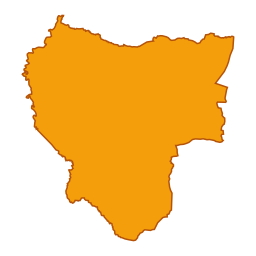 outline of Waeng Noi, Khon Kaen, Thailand
{"feature_id": "78962969B33774110374884", "entity_name": "Waeng Noi", "entity_type": "district", "adm_level": 2, "iso_a3": "THA", "parent_name": "Thailand", "parent_adm1": "Khon Kaen", "projection": "mercator", "projection_center": [102.401, 15.798], "detail": "fine", "context": "isolated", "style": "filled", "palette": "amber", "viewbox_px": 256, "rotation_deg": 0, "n_neighbors": 0, "source": "geoboundaries", "source_scale": "gbopen_adm2", "svg_char_len": 5613}
<svg xmlns="http://www.w3.org/2000/svg" viewBox="0 0 256 256"><path d="M167.2,216.9L167.2,214.5L168.9,214.0L170.2,210.9L171.4,210.1L172.0,193.1L170.6,190.4L169.6,187.2L168.8,181.2L169.7,178.9L168.9,176.7L169.5,174.7L170.5,173.7L171.5,171.4L171.5,169.3L172.6,167.8L172.6,167.1L173.4,166.5L173.5,164.8L172.6,163.8L171.2,163.2L171.5,162.4L170.2,161.2L171.2,159.8L171.5,157.9L171.3,157.4L171.9,157.2L172.0,156.9L173.6,156.4L176.5,156.2L177.9,155.7L177.2,152.6L177.1,149.4L175.7,145.5L177.1,145.5L180.1,144.6L183.5,144.3L186.4,143.4L188.9,142.4L192.5,139.5L195.4,138.9L200.4,139.2L203.2,138.8L207.0,139.7L209.6,139.5L213.5,140.3L214.8,140.7L215.6,141.4L219.9,142.3L221.8,141.8L223.2,140.4L222.1,139.6L221.7,137.1L221.1,135.9L220.5,135.6L221.2,135.7L221.6,134.5L223.5,134.2L223.1,130.6L221.2,130.2L221.2,129.6L221.7,126.8L223.4,124.6L224.2,124.2L224.8,121.5L224.7,118.1L223.8,117.5L222.1,115.5L222.4,113.4L221.3,110.2L221.0,108.3L218.3,107.8L217.4,105.7L216.8,103.2L217.5,102.1L225.7,102.3L226.2,101.3L225.1,99.0L225.1,97.6L226.6,89.7L227.4,87.4L215.4,83.3L224.3,71.5L227.1,65.7L228.5,61.8L230.1,55.4L232.9,48.5L233.7,37.0L232.8,36.4L231.6,36.3L230.2,37.3L229.5,36.7L229.0,36.9L228.5,36.7L228.1,37.0L226.9,37.0L226.6,37.7L225.7,37.6L225.5,37.0L223.4,38.0L222.9,37.7L221.3,37.9L219.3,37.3L218.6,36.4L218.3,36.7L217.6,36.6L217.3,36.1L215.0,36.2L214.1,35.4L214.1,33.8L210.7,33.2L208.5,34.5L205.7,34.8L204.2,39.0L202.8,39.2L200.8,41.2L200.2,42.6L198.9,43.2L197.0,43.5L195.0,42.0L192.5,40.7L188.9,40.0L188.1,39.3L188.1,38.9L184.5,38.6L184.0,37.7L181.4,38.5L179.5,38.2L177.5,38.4L174.9,40.0L171.7,40.4L170.4,39.9L168.2,37.7L166.3,36.8L162.4,35.8L160.5,35.7L158.2,36.1L157.7,35.9L156.2,38.1L154.1,37.2L153.2,38.2L152.9,40.1L153.5,41.0L146.9,42.0L139.4,46.4L138.7,46.3L137.4,47.0L133.8,46.7L132.1,46.9L129.8,46.2L127.8,46.3L125.3,45.5L124.5,44.8L123.7,44.6L123.6,45.9L121.1,46.0L120.0,46.3L118.5,46.0L117.8,44.8L113.7,44.4L113.3,43.8L111.5,43.2L111.3,42.7L110.5,42.8L109.2,42.3L108.3,42.5L108.1,41.7L107.0,41.2L106.5,41.4L106.3,40.9L105.7,40.5L103.9,40.3L102.3,39.4L101.1,39.1L100.6,37.6L100.2,37.3L100.2,35.3L99.5,34.7L98.4,34.5L98.1,33.8L97.3,34.2L96.3,34.2L95.7,34.8L95.4,34.4L94.0,34.5L93.1,33.9L91.9,33.8L90.4,32.7L90.2,32.1L89.7,32.1L89.6,31.6L89.0,31.5L89.0,30.9L88.6,30.5L87.3,30.6L85.6,31.2L85.4,30.1L83.6,29.9L83.0,28.5L78.9,28.9L76.4,28.5L75.9,29.1L75.3,29.2L74.4,29.1L74.1,28.4L72.9,28.6L71.9,28.1L71.5,28.3L70.5,28.0L69.0,27.0L68.8,25.7L68.2,24.9L67.5,24.8L66.7,25.3L64.7,24.7L63.6,23.9L61.0,22.9L60.9,21.5L61.6,18.8L61.9,18.9L61.9,18.3L62.4,17.4L62.6,16.4L63.2,16.4L63.5,15.5L62.0,15.4L61.5,16.1L60.5,16.4L59.2,15.8L58.6,15.8L57.9,16.8L57.4,18.3L57.3,19.6L57.8,20.5L57.7,21.1L55.8,24.0L55.5,25.9L54.1,28.5L52.2,29.9L50.2,29.4L48.7,30.2L48.7,30.9L49.9,31.0L50.6,32.0L51.0,34.4L51.5,36.1L50.2,37.1L47.4,37.2L46.6,37.4L46.0,38.1L44.6,41.2L44.5,42.5L45.1,43.8L46.3,44.2L46.1,44.9L44.6,46.3L43.9,47.3L43.2,47.6L38.7,47.2L37.2,47.6L34.9,48.8L32.9,48.7L32.5,49.6L32.9,51.4L33.4,52.3L33.0,53.1L32.6,53.2L31.3,52.8L30.1,52.9L28.9,52.7L27.3,54.0L27.2,55.2L28.2,58.8L27.9,59.5L26.7,60.3L26.6,60.8L29.1,63.1L29.1,63.5L27.6,64.5L25.3,65.3L25.1,66.1L26.1,67.1L26.1,67.7L25.8,68.1L24.1,69.0L24.0,69.6L24.3,70.6L25.6,70.9L27.6,72.0L27.8,73.3L27.1,74.2L26.2,74.2L26.0,72.5L25.5,71.8L25.1,71.7L23.9,73.3L22.6,73.7L22.3,74.4L23.9,76.1L25.9,76.5L25.8,79.8L26.1,80.1L26.9,80.2L28.0,79.1L28.7,79.2L29.0,80.4L28.8,81.8L29.0,84.8L31.2,88.2L31.0,89.8L31.7,91.8L31.6,94.2L30.2,94.3L29.0,94.7L26.6,96.5L26.3,97.3L26.9,97.9L28.3,98.1L29.2,96.3L29.8,96.1L30.5,98.3L32.2,100.3L33.4,102.4L33.1,103.9L33.7,105.4L33.6,106.0L34.3,106.8L34.1,107.0L33.5,106.9L32.7,105.7L32.1,105.5L31.7,106.3L31.6,108.2L32.1,108.9L32.9,109.2L34.0,110.2L35.3,111.8L36.0,113.6L36.3,115.8L36.0,116.1L35.6,116.2L34.6,115.3L34.0,115.3L33.6,115.6L33.1,116.8L33.3,117.8L35.3,120.9L34.9,122.0L34.4,126.5L34.6,126.9L35.1,127.2L36.0,126.9L36.1,127.4L36.8,128.1L36.8,128.5L36.3,128.7L36.6,128.9L36.5,129.2L37.7,128.9L37.7,130.2L51.7,144.5L56.0,149.9L58.5,150.9L58.8,151.8L58.4,153.3L60.3,154.8L61.9,155.3L62.0,156.3L62.7,156.8L63.7,156.2L64.2,156.7L64.7,156.8L65.3,157.5L65.3,158.9L65.8,159.2L65.6,159.6L65.9,160.6L66.4,160.3L67.1,160.7L68.1,160.1L69.1,160.5L69.8,160.1L70.2,160.9L71.1,160.5L71.5,161.0L72.4,161.4L72.1,162.4L72.8,162.8L72.6,163.7L73.1,164.0L73.3,165.1L71.8,165.6L72.0,166.3L72.5,166.7L72.6,168.4L72.9,168.5L71.7,169.8L69.8,170.1L69.3,169.8L68.8,170.0L70.7,174.4L70.1,174.9L70.0,176.1L70.6,176.9L70.7,177.7L69.5,178.9L69.9,179.3L69.4,181.6L68.6,182.1L68.2,183.0L67.3,183.6L67.8,185.1L67.2,185.6L67.2,187.5L65.9,191.0L66.2,193.7L67.0,195.0L67.1,196.9L67.5,198.1L69.2,199.6L69.8,201.6L70.5,202.4L71.4,202.1L72.4,203.1L73.5,202.8L74.7,201.5L75.1,200.4L77.4,200.5L78.1,201.0L78.6,200.6L80.1,200.5L81.4,198.2L82.4,197.9L84.4,198.0L84.5,199.1L85.7,200.2L88.4,200.6L88.4,201.9L88.8,202.4L91.0,203.1L90.9,203.8L91.8,204.8L92.3,205.8L94.5,206.1L96.1,207.0L97.3,206.9L97.5,207.2L97.3,208.1L97.9,209.5L98.6,210.8L99.3,210.8L99.4,211.7L100.6,212.2L101.4,215.1L102.1,215.6L103.6,215.5L104.0,215.9L104.1,216.8L107.2,220.4L107.3,220.9L107.8,221.2L108.5,221.2L109.6,223.7L110.3,223.6L110.6,223.0L112.0,223.9L112.1,225.6L112.9,227.0L112.6,227.6L113.1,228.4L113.1,229.5L114.6,230.9L114.9,233.7L115.8,234.8L116.8,234.5L117.7,235.0L118.2,235.3L118.4,236.4L120.2,236.8L120.6,237.5L121.8,237.6L125.0,238.9L129.1,239.8L133.6,240.6L135.6,240.1L137.5,237.8L137.9,236.0L139.4,234.4L139.9,233.3L142.2,232.3L142.9,231.7L143.4,230.7L144.7,229.8L150.5,230.4L152.4,229.6L154.4,229.4L157.7,222.7L162.8,217.6L164.8,217.0L167.2,216.9Z" fill="#f59e0b" stroke="#b45309" stroke-width="1.5"/></svg>